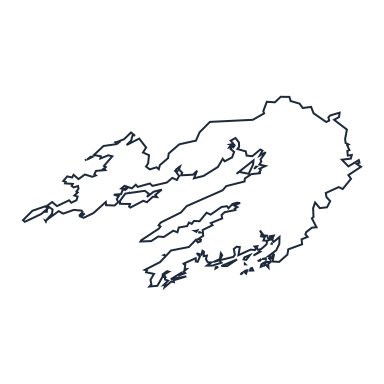 Bantry-West Cork Lea-4, Cork, Ireland (Albers equal-area conic projection)
{"feature_id": "5873133B32019280992122", "entity_name": "Bantry-West Cork Lea-4", "entity_type": "district", "adm_level": 2, "iso_a3": "IRL", "parent_name": "Ireland", "parent_adm1": "Cork", "projection": "albers", "projection_center": [-9.717, 51.642], "detail": "fine", "context": "isolated", "style": "outline", "palette": "slate", "viewbox_px": 384, "rotation_deg": 0, "n_neighbors": 0, "source": "geoboundaries", "source_scale": "gbopen_adm2", "svg_char_len": 6090}
<svg xmlns="http://www.w3.org/2000/svg" viewBox="0 0 384 384"><path d="M339.6,112.7L330.1,115.5L328.4,117.4L329.2,120.6L326.2,122.0L313.6,113.3L311.1,106.9L302.8,108.0L299.5,103.6L290.6,101.0L289.4,96.9L280.7,96.8L274.9,102.3L266.8,101.8L263.3,111.1L264.1,113.4L252.8,119.8L209.9,121.9L199.5,132.4L196.0,140.6L179.3,144.3L168.7,153.5L168.1,158.1L159.9,165.1L158.8,169.2L156.6,167.3L149.7,169.4L146.0,166.5L148.1,163.5L149.0,155.2L143.0,152.5L146.1,147.5L139.2,138.6L126.6,145.0L131.1,140.6L132.7,135.0L135.0,135.7L131.0,132.5L124.1,139.2L116.7,142.1L118.8,142.5L116.7,144.1L103.5,146.0L93.9,155.0L100.8,156.3L100.4,158.5L108.3,155.3L112.3,156.3L104.0,165.9L105.8,167.0L103.2,169.1L105.1,169.3L105.3,169.7L105.2,170.0L105.3,170.1L96.0,170.9L94.4,174.2L95.9,175.4L92.3,176.8L84.9,174.5L78.5,179.1L73.6,174.8L72.1,177.5L67.2,176.4L63.3,181.0L65.7,181.9L65.1,183.4L72.8,183.9L71.7,185.9L73.7,187.4L78.0,186.0L78.5,188.7L76.4,191.6L77.7,192.4L74.4,195.5L77.6,196.6L76.5,200.2L71.3,202.7L69.1,200.3L57.0,206.1L52.1,202.0L47.2,205.7L52.6,209.5L52.0,213.8L46.1,220.4L58.7,211.1L63.2,213.6L73.8,209.9L81.6,210.6L82.6,212.0L79.1,215.8L84.8,213.6L80.7,216.6L83.7,217.8L93.4,213.1L105.8,202.0L106.1,205.2L114.6,205.5L118.2,202.2L116.8,199.0L118.8,196.2L113.8,194.7L121.1,194.1L123.1,188.8L121.3,188.5L124.6,185.8L131.8,188.4L135.8,184.7L137.7,186.9L149.9,183.5L152.4,185.9L166.9,182.5L172.4,177.9L176.9,180.0L179.1,176.0L176.4,172.4L177.4,171.2L176.6,170.9L175.8,171.1L175.3,171.0L175.1,170.9L176.7,168.9L177.4,168.7L178.4,167.5L180.0,166.5L178.9,169.4L182.2,172.7L181.0,175.3L193.0,174.7L197.1,170.7L194.0,178.3L203.4,176.0L217.9,167.0L222.7,158.8L224.7,161.3L232.1,157.4L234.1,151.9L230.7,149.1L231.8,147.2L229.2,147.5L231.3,145.0L230.2,144.6L233.5,144.0L230.7,140.7L235.5,138.0L238.9,142.4L239.1,146.7L237.4,149.0L245.8,151.4L246.6,155.6L252.3,156.2L260.3,149.5L262.5,150.7L259.7,155.6L265.7,152.2L260.5,159.5L261.3,161.6L259.3,164.6L265.5,166.0L259.5,168.8L260.8,170.0L259.1,172.5L260.8,173.1L251.2,174.2L244.9,178.5L244.5,181.5L226.3,186.1L222.6,190.3L186.7,206.1L180.9,212.5L160.8,222.5L158.6,225.3L160.5,226.5L158.8,228.7L141.3,240.2L140.5,241.5L151.2,241.1L158.3,236.5L163.8,237.0L173.3,230.7L177.4,232.3L178.8,227.5L187.1,226.1L189.0,222.5L191.7,223.9L193.9,221.0L199.6,221.2L206.6,212.7L210.6,214.6L221.5,207.0L227.0,206.2L228.4,208.3L232.5,204.0L236.6,202.7L240.1,203.0L234.0,205.4L237.4,207.1L234.7,208.6L235.4,210.0L224.6,212.2L221.5,215.1L222.2,218.4L210.8,223.1L212.5,225.2L202.7,230.0L203.2,235.8L197.8,239.3L200.9,239.8L200.6,241.4L197.8,242.4L195.9,239.8L188.9,247.0L171.0,250.5L160.1,262.1L144.8,269.9L146.9,270.5L146.1,272.3L154.0,273.9L150.5,279.8L151.4,284.4L149.5,286.5L157.4,285.8L162.3,277.1L164.8,276.8L162.9,275.5L162.9,274.1L167.1,271.2L168.9,271.7L163.0,275.1L165.0,276.2L165.0,279.5L168.1,280.7L163.8,284.9L165.4,284.5L164.6,287.2L171.3,281.5L173.9,282.1L173.5,280.3L186.3,276.4L170.8,279.2L182.3,272.2L180.4,274.9L185.2,273.1L183.7,271.5L186.4,269.2L184.6,269.4L185.3,264.8L185.2,264.4L184.1,264.3L183.6,263.9L183.5,263.7L195.7,258.2L195.8,261.5L197.7,261.8L199.9,256.6L196.7,253.3L201.4,254.8L202.5,250.8L203.9,251.7L203.7,256.2L206.9,255.6L205.9,259.2L207.8,262.3L211.5,262.4L207.0,265.6L212.4,265.6L221.5,262.7L219.1,260.3L213.5,262.0L219.9,259.0L220.9,253.3L222.2,255.3L220.2,259.0L221.5,259.8L233.3,256.9L234.9,254.8L233.8,249.0L236.7,246.7L239.8,247.1L238.4,255.2L250.7,249.6L254.9,250.1L256.0,248.0L254.6,246.5L257.4,246.2L256.6,248.1L258.1,249.8L261.1,249.1L266.4,244.5L267.4,240.8L263.4,240.5L264.8,237.1L261.0,236.3L261.7,233.8L260.0,230.5L263.8,235.5L267.0,235.6L268.9,240.1L270.4,239.6L270.0,236.2L273.8,235.6L271.9,239.6L273.6,241.9L279.5,237.0L279.3,244.0L276.2,250.3L268.4,256.2L270.0,256.1L269.0,258.4L270.3,259.5L274.1,253.8L272.5,261.5L279.1,261.9L287.4,254.6L288.3,249.3L302.1,244.3L301.6,239.3L307.6,236.9L305.4,234.4L306.1,232.2L312.0,227.6L316.5,227.3L311.9,218.4L313.5,216.9L313.1,208.2L315.1,202.5L319.8,208.1L327.0,207.3L330.2,201.1L326.5,197.2L325.8,193.0L338.7,187.1L342.7,189.0L351.0,178.8L348.4,175.1L361.0,166.8L356.7,164.0L359.5,162.7L358.8,160.1L348.4,166.4L341.9,159.7L350.8,158.6L351.8,155.0L347.8,155.6L347.3,151.0L349.4,150.1L347.2,145.3L348.6,144.5L345.6,143.0L345.1,139.1L346.9,129.6L334.1,119.8L339.0,117.1L339.6,112.7ZM144.9,190.8L125.3,193.6L120.0,200.9L120.0,203.8L130.0,204.0L129.1,206.6L130.3,207.6L143.3,200.8L146.9,202.2L152.9,196.7L157.0,197.1L155.3,194.9L161.8,189.6L153.7,191.7L147.0,196.9L149.0,193.9L144.9,190.8ZM45.2,206.3L32.4,210.8L23.0,220.2L24.8,221.8L41.1,214.1L47.7,208.5L45.2,206.3ZM248.7,173.8L253.1,164.5L253.5,160.4L236.5,173.8L239.1,171.9L248.7,173.8ZM266.1,262.1L264.7,264.6L264.1,262.6L261.3,264.4L260.8,266.8L265.7,264.7L268.5,267.6L268.1,264.2L270.8,261.7L266.1,262.1ZM237.1,259.4L221.3,266.0L227.1,266.1L237.1,259.4ZM259.8,251.3L253.5,255.6L260.4,251.6L259.8,251.3ZM246.2,259.9L249.9,255.1L244.5,257.3L243.6,259.4L246.2,259.9ZM90.7,156.7L86.9,159.7L92.2,157.0L90.7,156.7ZM253.2,270.5L252.1,268.0L250.7,268.4L249.8,270.6L253.2,270.5ZM244.0,271.7L246.1,273.6L247.2,270.3L245.8,270.5L244.0,271.7ZM240.5,274.7L243.0,272.6L241.7,273.1L240.5,274.7ZM123.9,189.5L125.1,190.0L127.0,188.5L126.2,187.7L123.9,189.5ZM265.7,258.3L262.1,259.0L265.9,258.9L265.7,258.3ZM233.4,147.1L235.1,144.8L232.8,146.1L233.4,147.1ZM261.3,259.0L259.3,260.3L257.7,261.0L260.2,260.6L261.3,259.0ZM218.2,266.9L215.7,267.2L215.5,268.5L218.2,266.9ZM194.7,230.9L196.4,231.8L197.3,230.4L195.9,230.8L194.7,230.9ZM256.0,166.6L254.1,168.9L256.6,166.7L256.0,166.6ZM200.4,232.5L199.8,232.1L198.3,232.6L200.4,232.5ZM272.2,236.6L271.1,237.1L272.5,237.8L272.2,236.6ZM271.8,243.9L272.1,242.6L271.5,243.8L271.8,243.9ZM45.3,220.5L45.9,221.6L46.2,220.9L45.3,220.5ZM46.8,211.8L46.9,210.5L46.0,211.8L46.8,211.8ZM265.7,261.6L266.8,260.8L265.2,261.6L265.7,261.6ZM245.4,264.3L244.8,263.7L244.8,264.3L245.4,264.3ZM164.2,255.2L165.3,254.5L163.9,255.1L164.2,255.2ZM85.6,160.0L86.3,159.6L84.9,160.2L85.6,160.0ZM129.8,192.6L129.0,192.8L130.2,192.6L129.8,192.6ZM115.1,142.2L114.8,142.5L116.1,142.0L115.1,142.2Z" fill="none" stroke="#1e293b" stroke-width="2"/></svg>